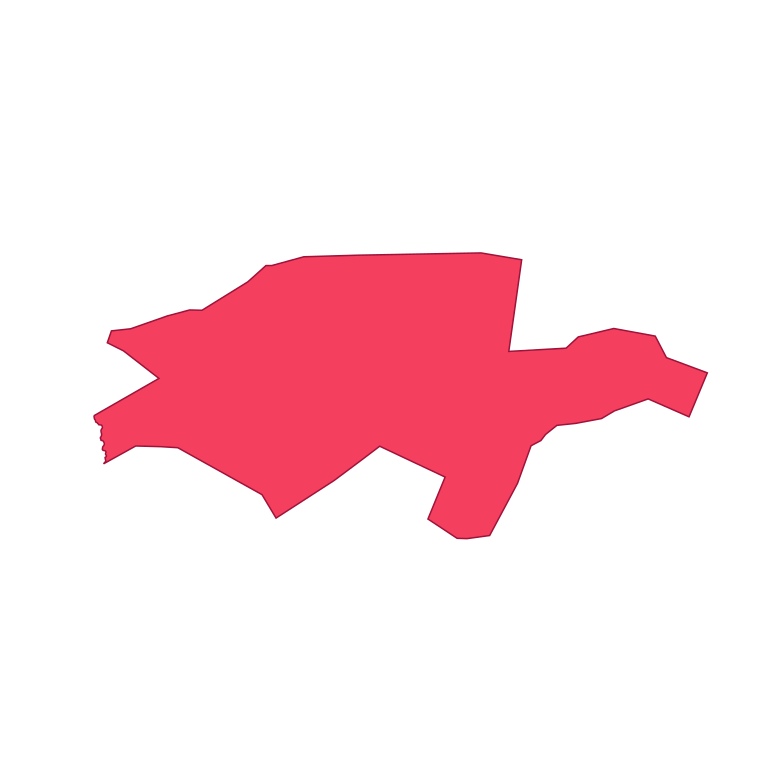 the district of Su'mber, Dornogovi, Mongolia, rotated 238°
{"feature_id": "93677404B97636792882766", "entity_name": "Su'mber", "entity_type": "district", "adm_level": 2, "iso_a3": "MNG", "parent_name": "Mongolia", "parent_adm1": "Dornogovi", "projection": "mercator", "projection_center": [108.779, 46.503], "detail": "fine", "context": "isolated", "style": "filled", "palette": "rose", "viewbox_px": 768, "rotation_deg": 238, "n_neighbors": 0, "source": "geoboundaries", "source_scale": "gbopen_adm2", "svg_char_len": 1611}
<svg xmlns="http://www.w3.org/2000/svg" viewBox="0 0 768 768"><g transform="rotate(238 384 384)"><path d="M327.5,221.4L328.6,290.6L331.5,325.4L333.5,347.4L272.7,386.5L246.2,349.7L214.4,364.2L208.9,372.4L199.5,393.3L229.0,444.6L253.7,476.0L252.9,487.1L255.6,494.3L257.3,508.7L249.0,525.7L239.4,550.2L239.1,565.1L231.4,600.1L194.5,625.3L222.1,664.1L256.7,637.5L280.9,639.4L309.3,608.3L321.0,573.7L317.9,557.4L345.5,507.1L416.4,566.6L443.7,535.8L507.2,429.9L534.4,383.4L543.9,351.7L547.0,346.6L542.8,322.6L543.0,268.7L549.8,258.4L556.5,236.6L565.1,198.4L573.5,181.0L565.6,171.2L550.2,180.6L508.0,196.1L510.8,121.7L510.3,121.0L509.3,120.5L507.7,119.9L507.3,119.9L506.8,120.1L506.5,120.1L505.2,119.6L504.8,119.5L504.3,119.5L503.7,119.9L503.3,120.2L503.1,120.3L502.5,120.2L501.9,120.5L501.1,120.5L500.6,120.5L500.3,120.9L499.6,121.8L499.0,122.5L498.4,122.7L497.5,122.6L496.5,122.2L496.0,121.9L495.4,120.5L494.9,119.7L494.5,119.3L493.1,118.6L491.5,118.1L490.3,117.4L489.4,116.4L489.2,116.0L489.1,115.4L488.5,114.8L488.0,114.7L487.6,114.7L487.3,114.6L486.7,114.3L486.1,114.2L485.8,114.5L485.2,115.3L484.2,115.6L483.1,115.6L481.8,115.3L481.0,114.7L480.3,113.8L480.0,112.7L479.6,112.0L478.8,111.3L478.0,110.6L477.5,110.4L476.9,110.5L476.1,111.0L475.4,111.9L474.9,112.2L474.0,112.3L473.4,112.0L473.0,111.5L472.5,110.9L472.0,110.6L470.9,110.6L470.3,110.6L469.9,110.3L469.6,110.0L469.5,109.5L469.6,108.9L469.4,108.4L468.8,108.2L468.1,107.9L466.7,107.5L466.1,107.0L465.7,106.5L465.3,104.8L464.9,103.9L463.0,140.6L449.0,161.7L439.2,175.4L354.8,221.9L327.5,221.4Z" fill="#f43f5e" stroke="#9f1239" stroke-width="1.5"/></g></svg>